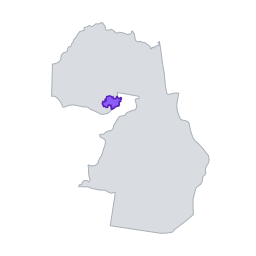 location of Milengi, Luapula, Zambia, rotated 280°
{"feature_id": "96606910B39507061952782", "entity_name": "Milengi", "entity_type": "district", "adm_level": 2, "iso_a3": "ZMB", "parent_name": "Zambia", "parent_adm1": "Luapula", "projection": "albers", "projection_center": [29.078, -11.938], "detail": "fine", "context": "in_parent", "style": "filled", "palette": "violet", "viewbox_px": 256, "rotation_deg": 280, "n_neighbors": 0, "source": "geoboundaries", "source_scale": "gbopen_adm2", "svg_char_len": 6680}
<svg xmlns="http://www.w3.org/2000/svg" viewBox="0 0 256 256"><g transform="rotate(280 128 128)"><path d="M171.1,171.9L159.9,171.9L155.8,172.8L152.5,174.1L148.5,176.3L146.2,177.8L145.6,178.6L145.2,180.5L145.2,183.3L144.8,185.4L143.6,187.2L137.6,189.5L133.7,191.4L129.8,193.6L126.9,196.4L124.9,199.9L121.6,204.3L114.7,212.0L110.7,213.5L107.4,213.2L103.3,211.6L100.1,211.4L97.7,212.4L95.5,212.1L93.4,210.5L91.7,209.9L90.4,210.4L88.6,210.4L85.4,209.5L82.6,206.8L81.1,205.7L79.9,205.3L76.6,204.9L68.9,204.4L61.0,205.9L54.1,207.4L46.9,201.4L39.9,195.1L38.4,193.5L35.8,191.3L33.9,190.3L33.2,189.8L31.2,184.1L30.0,178.8L28.7,127.5L60.3,126.8L62.3,126.5L62.4,126.0L60.9,123.2L60.9,122.3L61.3,120.4L62.6,116.7L62.7,115.4L62.0,111.4L62.0,109.1L62.2,104.5L62.0,103.0L62.7,100.9L62.9,99.6L63.2,99.0L62.8,97.4L62.1,92.0L61.7,89.7L63.6,90.0L64.2,91.1L64.6,92.3L65.5,92.4L67.8,93.1L68.6,94.1L69.1,96.3L68.8,97.4L68.1,98.3L68.9,99.1L70.4,99.6L71.3,99.4L73.8,97.9L76.1,97.3L77.3,96.9L82.6,95.8L83.6,95.3L84.3,95.3L84.9,95.7L84.4,97.2L84.3,98.6L85.0,101.2L85.5,102.4L86.6,103.3L87.4,103.7L88.3,104.6L90.1,104.4L94.1,105.7L95.3,106.3L97.0,106.9L98.2,107.1L102.4,107.5L106.8,108.2L109.0,108.3L110.6,108.1L111.7,107.7L112.4,107.3L112.7,106.9L114.4,102.0L115.2,101.6L116.3,101.3L116.9,101.8L117.6,104.9L120.8,107.6L121.9,110.0L122.7,112.0L123.4,112.5L124.6,113.2L126.5,113.5L128.2,113.5L136.7,116.9L137.7,117.5L138.7,119.4L139.3,121.4L140.0,123.1L141.1,123.4L142.1,123.5L143.1,124.6L143.8,125.6L146.3,129.6L146.7,131.2L147.9,132.3L149.5,132.8L151.0,132.8L151.9,132.4L154.1,131.5L155.8,130.6L157.0,130.2L157.7,130.4L158.3,131.1L158.7,133.1L159.9,133.8L160.7,133.5L161.1,132.8L161.1,132.4L161.1,111.2L160.4,111.4L159.4,112.0L157.1,112.1L156.3,112.5L156.0,113.2L156.2,114.1L156.2,115.2L155.9,115.8L154.9,116.0L153.5,115.6L150.9,115.0L148.7,114.6L147.2,113.0L145.1,110.6L143.7,109.4L140.4,106.9L139.8,106.4L138.8,105.3L138.0,103.3L137.1,101.0L136.7,99.6L137.5,97.3L139.4,90.0L139.8,87.7L141.4,85.4L141.6,83.3L140.9,80.7L141.1,79.2L141.3,70.8L140.8,68.2L139.7,65.3L137.3,61.2L137.3,60.3L141.0,57.7L142.1,56.7L144.1,54.5L145.4,52.7L146.2,51.2L146.5,49.3L145.9,47.5L147.1,47.1L177.8,42.5L178.2,43.7L179.1,45.8L180.2,47.4L181.5,48.7L182.6,49.5L183.4,49.8L188.1,49.7L189.8,50.6L191.2,51.6L191.6,53.2L192.5,54.2L193.6,55.0L194.0,55.1L194.8,54.9L196.1,54.9L197.2,55.3L197.8,55.6L197.8,57.0L198.2,57.6L199.8,57.8L201.4,58.0L203.0,58.9L204.6,59.1L206.6,59.5L207.5,60.5L209.6,61.5L212.1,62.4L214.9,63.9L215.0,64.4L215.4,65.3L215.9,65.9L215.9,66.8L216.2,67.7L216.9,67.9L217.5,68.0L218.0,67.4L218.8,67.4L219.6,67.8L219.9,68.8L220.5,70.1L221.5,71.1L222.2,71.9L221.9,73.5L221.5,75.0L222.8,76.4L224.6,77.8L225.1,78.5L225.2,80.5L225.5,81.2L226.7,82.9L227.3,84.0L227.2,84.7L223.9,88.0L221.8,88.5L220.9,89.1L220.4,89.8L221.6,93.2L222.3,94.5L221.7,96.0L220.4,98.7L219.7,98.9L219.6,101.0L220.0,101.7L220.6,102.3L220.9,103.7L220.8,107.1L219.9,111.0L221.3,114.4L221.8,114.8L223.9,114.9L224.3,115.2L223.7,116.1L222.3,117.6L219.6,118.7L215.8,120.0L215.0,121.2L214.5,123.0L214.9,124.0L215.4,124.6L215.2,126.2L214.9,127.8L215.0,129.1L214.8,130.3L214.3,130.8L213.6,132.6L212.8,134.3L212.1,135.1L211.2,135.9L209.7,136.6L209.7,136.9L211.4,137.7L211.8,138.3L212.0,138.7L211.2,139.6L212.0,140.1L212.9,140.6L213.8,141.7L214.8,143.9L215.0,144.1L215.3,144.2L215.9,143.9L216.9,143.1L217.7,142.8L218.5,144.0L202.8,149.2L199.1,150.3L193.6,152.1L191.8,152.8L190.4,153.5L175.8,157.6L173.5,158.4L168.4,160.5L168.2,160.9L168.2,161.9L168.7,163.9L169.6,165.7L170.3,166.8L170.8,169.5L171.1,171.9Z" fill="#d9dde1" stroke="#a8b0b8" stroke-width="1"/><path d="M143.6,108.4L143.6,108.7L143.7,108.8L143.8,109.0L143.8,109.3L144.0,109.4L144.1,109.5L144.3,109.6L144.4,109.8L144.5,109.8L144.5,110.0L144.8,110.1L145.2,110.9L145.3,111.0L145.6,111.2L145.9,111.3L146.1,111.4L146.3,111.6L146.8,112.2L146.9,112.4L147.1,112.7L147.2,112.9L147.4,113.3L147.5,113.3L147.7,113.5L147.8,113.6L147.8,113.9L147.8,114.2L148.0,114.4L148.2,114.6L148.2,114.9L148.1,115.0L148.3,115.2L148.5,115.2L148.9,115.3L149.0,115.3L149.1,115.2L149.3,115.1L149.6,115.1L149.7,115.4L149.8,115.4L149.9,115.2L150.1,115.2L150.4,115.1L150.7,115.0L150.9,115.0L151.0,115.1L151.3,115.1L151.5,115.1L151.8,115.1L152.1,115.0L152.0,114.9L152.3,114.9L152.5,115.2L152.8,115.4L152.7,115.6L153.0,115.8L153.3,115.9L153.3,116.0L153.6,115.8L153.7,115.7L153.8,115.7L154.0,115.7L154.2,115.8L154.4,115.9L154.6,116.1L154.9,116.2L155.5,116.4L155.7,116.5L155.8,116.5L155.9,116.4L156.0,116.4L156.2,116.2L156.4,116.2L156.5,116.1L156.6,115.9L156.6,115.6L156.6,115.4L156.4,115.4L156.1,115.5L155.9,115.4L155.8,115.0L155.5,114.4L155.4,114.1L155.4,113.9L155.7,113.3L155.8,113.0L155.8,112.9L156.2,112.6L156.5,112.5L156.9,112.3L157.0,112.1L157.2,111.9L157.2,111.7L156.9,111.6L156.7,111.5L156.5,111.3L156.3,111.4L156.1,111.3L155.8,111.1L155.7,111.1L155.3,111.2L155.2,111.2L154.9,111.0L154.9,110.7L154.7,109.9L154.4,109.2L154.3,108.7L154.5,108.5L154.7,108.3L155.0,108.2L155.5,108.1L156.1,107.8L156.0,107.7L155.7,107.6L155.5,107.2L155.6,106.9L155.6,106.7L155.8,106.5L155.9,106.4L156.0,106.2L156.1,105.9L156.2,105.7L156.3,105.5L156.3,105.4L156.4,105.2L156.4,104.9L156.4,104.3L156.4,104.1L156.1,103.9L156.0,103.7L155.9,103.4L155.9,103.2L155.8,102.9L155.7,102.8L155.6,102.5L155.5,102.4L155.5,102.1L155.2,101.9L155.1,101.6L154.4,101.6L154.2,101.6L153.6,101.5L153.3,101.4L153.1,101.4L152.9,101.2L152.7,101.0L152.7,100.9L152.4,100.6L152.2,100.5L152.1,100.8L152.1,101.0L151.8,101.1L151.7,101.3L151.5,101.5L151.4,101.6L151.2,101.7L150.9,101.6L150.7,101.6L150.6,101.4L150.6,101.5L150.6,101.4L150.4,101.2L150.5,101.2L150.5,100.9L150.7,100.7L150.8,100.7L150.7,100.6L150.6,100.4L150.3,100.3L150.2,100.3L150.0,100.2L149.9,100.1L149.8,99.9L149.7,99.8L149.7,99.6L149.6,99.3L149.7,99.2L149.8,98.9L149.8,98.7L149.7,98.7L149.3,98.6L149.1,98.6L148.9,98.5L148.7,98.4L148.4,98.5L148.1,98.7L147.9,98.8L147.3,98.5L146.8,99.1L146.6,99.2L145.9,99.6L145.7,99.7L145.4,100.1L145.0,100.1L144.9,100.4L145.2,101.1L145.2,101.5L145.2,101.9L145.2,102.0L144.8,102.3L144.7,102.5L144.5,102.8L144.5,103.0L144.5,103.3L144.6,103.5L144.6,103.8L144.8,104.0L145.0,104.2L145.0,104.3L145.4,104.4L145.5,104.4L145.5,104.5L145.8,104.6L146.0,104.6L146.3,104.6L146.5,104.5L146.8,104.5L147.0,104.7L147.2,104.8L147.2,105.0L147.3,105.0L147.5,105.1L147.6,105.4L147.5,105.5L147.5,105.8L147.5,106.0L147.4,106.1L147.0,106.4L147.0,106.5L146.9,106.6L146.8,106.8L147.0,106.9L147.0,107.0L146.9,107.0L146.8,107.4L146.9,107.5L146.6,107.5L146.5,107.8L146.4,107.7L146.2,107.5L145.9,107.6L145.6,107.6L145.4,107.6L145.2,107.8L145.0,108.0L144.9,108.0L144.7,108.2L144.7,108.3L144.5,108.1L144.4,108.1L144.2,108.2L143.9,108.1L143.6,108.4Z" fill="#8b5cf6" stroke="#5b21b6" stroke-width="1.5"/></g></svg>